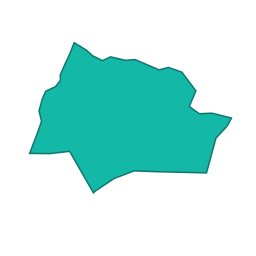 the district of Illéla, Tahoua, Niger, rotated 25°
{"feature_id": "23599985B93785804329420", "entity_name": "Illéla", "entity_type": "district", "adm_level": 2, "iso_a3": "NER", "parent_name": "Niger", "parent_adm1": "Tahoua", "projection": "natural_earth1", "projection_center": [5.19, 14.297], "detail": "fine", "context": "isolated", "style": "filled", "palette": "teal", "viewbox_px": 256, "rotation_deg": 25, "n_neighbors": 0, "source": "geoboundaries", "source_scale": "gbopen_adm2", "svg_char_len": 588}
<svg xmlns="http://www.w3.org/2000/svg" viewBox="0 0 256 256"><g transform="rotate(25 128 128)"><path d="M49.6,192.6L67.7,184.4L85.0,173.8L112.4,193.2L124.1,201.4L125.1,198.8L136.7,179.7L151.6,164.3L173.1,155.2L218.1,135.5L212.0,100.0L217.0,84.3L217.6,75.3L197.8,79.1L186.6,84.9L174.4,82.6L173.9,65.7L153.2,54.6L139.1,56.0L131.6,62.2L105.5,63.0L97.0,67.8L82.1,70.9L76.5,77.7L65.3,77.5L57.7,75.1L43.2,73.4L43.9,85.7L43.9,96.9L44.2,108.7L46.6,113.2L44.8,121.2L37.9,129.4L38.1,138.1L40.1,150.1L46.8,158.4L47.9,169.2L49.6,192.6Z" fill="#14b8a6" stroke="#0f766e" stroke-width="1.5"/></g></svg>